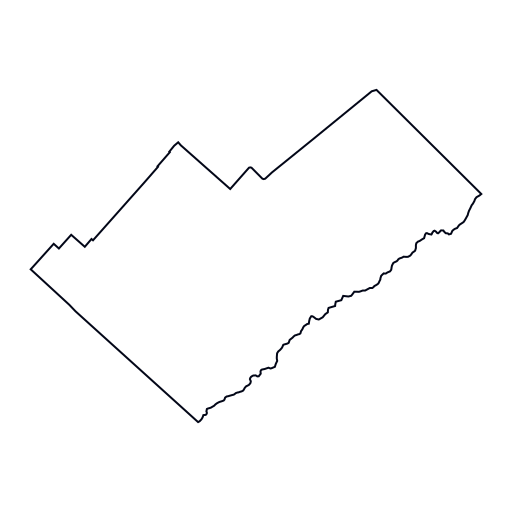 San Miguel, Buenos Aires, Argentina (Mercator projection)
{"feature_id": "61730980B42310570317073", "entity_name": "San Miguel", "entity_type": "district", "adm_level": 2, "iso_a3": "ARG", "parent_name": "Argentina", "parent_adm1": "Buenos Aires", "projection": "mercator", "projection_center": [-58.67, -34.554], "detail": "fine", "context": "isolated", "style": "outline", "palette": "ink", "viewbox_px": 512, "rotation_deg": 0, "n_neighbors": 0, "source": "geoboundaries", "source_scale": "gbopen_adm2", "svg_char_len": 3330}
<svg xmlns="http://www.w3.org/2000/svg" viewBox="0 0 512 512"><path d="M33.0,266.8L30.7,269.3L69.3,304.8L75.5,311.3L141.1,370.6L198.1,422.1L198.7,421.8L199.9,421.0L200.5,420.3L201.0,419.8L201.5,419.3L201.9,418.5L202.5,417.6L202.8,416.8L203.4,415.1L205.5,414.9L206.2,414.5L206.8,413.4L206.8,412.3L206.4,411.4L206.9,409.0L207.7,408.6L210.8,407.7L211.6,407.2L214.2,405.7L215.3,404.5L216.9,403.3L218.7,402.3L219.9,401.8L221.6,401.3L222.7,400.9L223.7,400.5L224.4,399.7L224.7,398.9L225.1,397.6L226.6,396.5L228.2,396.2L229.5,395.8L230.9,395.4L232.3,395.0L233.6,394.7L234.2,394.4L234.7,394.0L235.8,393.1L237.5,392.5L238.5,392.4L239.5,392.0L240.4,391.7L241.6,391.4L243.1,390.6L243.5,390.1L244.0,389.3L244.8,387.8L245.8,386.7L246.4,386.1L247.1,385.9L248.0,385.4L248.9,384.9L249.8,383.9L250.5,382.9L250.8,381.2L250.2,379.9L249.9,379.1L250.3,377.9L251.1,376.8L252.6,375.8L253.5,375.5L255.7,375.4L256.4,375.8L257.3,376.4L258.7,376.3L260.7,373.7L260.6,372.6L260.5,371.3L261.0,370.2L261.8,369.6L262.7,369.4L264.7,369.0L268.5,367.7L269.7,368.2L270.7,368.5L272.1,368.0L274.9,366.8L275.1,366.1L275.5,364.8L275.8,363.9L276.2,363.0L277.2,360.9L276.8,358.6L276.8,357.0L277.1,353.3L278.2,351.5L280.1,349.9L281.7,348.1L282.2,347.3L283.3,344.8L284.1,344.5L287.0,343.7L288.5,343.0L288.9,342.3L289.1,341.6L289.7,339.9L291.1,338.8L292.5,337.7L293.0,337.2L293.6,336.5L295.0,335.4L296.5,335.0L298.0,334.4L299.4,334.1L300.4,333.4L300.7,332.4L301.0,331.2L301.8,330.1L302.5,329.0L303.2,327.4L304.0,326.2L304.5,325.8L305.9,324.9L307.2,324.0L308.8,323.7L309.2,321.0L309.8,318.5L311.3,316.2L312.4,316.3L313.4,316.8L316.1,318.9L318.8,319.5L322.7,317.3L325.3,314.1L327.8,312.4L328.0,309.7L328.6,307.9L335.1,306.0L335.3,304.1L335.8,301.7L341.3,300.2L343.2,295.9L348.4,296.5L351.2,295.8L352.4,294.3L354.3,291.7L359.0,291.8L360.4,291.4L362.8,290.5L365.2,290.5L369.8,288.0L372.3,288.0L373.4,287.2L374.5,285.9L375.3,285.6L376.9,284.6L377.8,284.0L378.6,283.1L379.5,281.1L380.3,279.6L380.4,278.4L381.2,275.8L382.5,274.5L383.7,273.4L385.1,273.6L386.1,273.4L387.3,272.5L388.5,272.0L390.0,271.4L391.2,269.8L391.4,268.8L391.6,267.3L392.0,265.5L393.3,263.0L394.4,262.3L395.9,261.6L396.6,261.3L397.6,260.4L398.1,259.5L399.4,258.5L401.8,257.7L402.8,257.2L403.5,256.7L406.4,256.9L408.0,256.8L410.1,255.7L411.3,254.4L411.6,253.8L412.6,252.5L413.7,251.8L415.1,250.7L415.9,248.1L415.9,246.1L415.9,245.1L416.3,243.2L418.0,241.6L419.6,241.0L421.4,239.8L422.3,239.2L424.1,238.2L424.7,236.0L425.1,234.6L426.0,233.3L426.9,233.1L428.7,234.0L431.4,234.5L432.0,233.6L432.3,232.7L433.7,231.0L434.6,230.7L436.2,231.8L436.9,232.8L438.0,233.3L439.4,232.2L440.0,231.4L441.0,230.4L443.4,230.5L444.1,231.6L445.7,233.2L447.8,233.4L448.9,234.4L451.0,233.8L451.4,233.0L452.3,230.9L453.6,229.7L454.8,228.9L455.5,228.6L457.1,228.0L458.0,226.7L458.9,225.4L460.0,224.4L460.8,223.9L462.8,222.6L463.8,221.8L465.2,219.6L467.7,215.1L468.2,213.1L469.0,210.8L470.2,208.5L471.7,205.2L472.9,203.7L474.4,201.0L475.0,199.2L476.5,197.2L479.5,195.5L481.3,194.0L376.5,89.9L371.7,91.3L310.2,141.5L272.0,172.4L265.2,178.7L263.7,179.1L262.4,178.7L251.5,167.7L250.3,167.4L249.0,167.7L230.2,189.0L180.9,145.4L178.2,142.3L174.2,145.7L169.3,151.7L169.8,152.2L157.5,166.3L158.0,166.8L145.1,181.6L93.0,240.3L91.5,239.0L84.8,246.8L71.2,234.8L58.9,248.5L53.7,243.8L33.0,266.8Z" fill="none" stroke="#020617" stroke-width="2"/></svg>